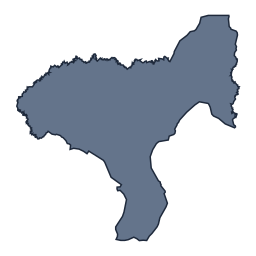 outline of Phang Khon, Sakon Nakhon, Thailand
{"feature_id": "78962969B14140185659984", "entity_name": "Phang Khon", "entity_type": "district", "adm_level": 2, "iso_a3": "THA", "parent_name": "Thailand", "parent_adm1": "Sakon Nakhon", "projection": "albers", "projection_center": [103.735, 17.372], "detail": "fine", "context": "isolated", "style": "filled", "palette": "slate", "viewbox_px": 256, "rotation_deg": 0, "n_neighbors": 0, "source": "geoboundaries", "source_scale": "gbopen_adm2", "svg_char_len": 5599}
<svg xmlns="http://www.w3.org/2000/svg" viewBox="0 0 256 256"><path d="M237.5,35.0L237.2,32.7L236.1,31.1L230.9,29.2L230.7,28.1L229.2,26.6L228.4,18.8L229.0,16.5L228.8,15.4L208.3,15.4L201.1,17.3L199.7,23.2L196.0,29.5L194.4,30.8L190.2,31.7L187.1,35.3L179.9,40.8L174.3,51.5L174.0,53.6L169.9,61.6L168.9,61.1L168.5,60.0L167.8,59.6L168.2,58.1L167.1,58.2L164.8,56.4L163.9,57.0L163.7,59.8L162.2,58.9L158.6,58.4L159.0,60.8L157.6,61.0L156.5,60.6L155.7,59.5L154.9,60.6L155.2,61.6L154.5,62.2L153.8,64.0L153.1,63.8L153.5,62.5L152.2,62.5L152.8,61.3L152.0,60.7L151.4,60.8L151.7,61.5L150.5,62.1L149.6,61.5L146.7,62.6L146.2,61.0L144.8,61.5L143.7,62.6L142.5,62.7L139.7,60.6L140.6,59.6L137.4,60.6L136.9,59.5L135.6,59.2L135.0,59.5L135.2,60.4L134.4,60.8L134.6,61.7L133.5,62.8L133.8,64.1L133.0,64.4L132.3,63.0L131.9,65.8L131.0,66.3L130.7,67.7L129.7,67.2L127.2,69.2L126.0,67.4L125.4,67.6L124.8,66.7L124.5,67.2L123.7,66.4L123.3,65.1L120.5,64.9L120.6,63.9L119.9,63.0L119.4,63.1L119.4,64.0L118.4,64.2L118.8,63.4L117.7,63.5L117.4,63.0L118.1,61.6L117.8,60.7L117.4,60.5L116.3,61.5L116.2,59.4L115.2,59.4L115.7,58.7L114.7,57.7L113.5,57.7L113.0,58.3L112.0,57.5L110.4,58.8L109.9,59.9L109.0,59.5L108.0,60.3L107.4,59.0L106.4,59.0L106.0,60.1L104.6,58.8L103.9,59.0L103.9,59.8L102.8,59.8L101.7,59.5L101.9,58.4L100.7,58.8L100.3,58.1L97.3,61.1L96.4,60.3L96.4,59.4L95.4,59.0L96.6,58.6L95.6,56.5L96.1,55.6L95.0,53.9L93.5,54.4L93.7,55.1L93.0,55.6L93.5,56.1L93.5,57.5L93.0,57.7L93.3,57.1L92.4,56.7L92.8,57.9L90.9,58.2L90.9,58.7L91.5,58.6L91.4,59.7L90.8,59.6L89.7,61.5L89.1,61.4L89.3,62.1L86.8,62.4L86.7,63.1L86.0,63.2L85.3,61.8L84.0,62.5L83.4,61.5L82.1,61.1L81.8,59.5L80.2,59.5L79.5,58.0L77.1,58.5L77.0,56.6L76.1,56.2L75.8,57.0L76.5,58.7L75.4,58.3L73.0,59.3L73.2,60.4L73.7,59.4L74.3,59.3L74.3,60.2L75.1,60.6L74.5,60.7L73.6,62.7L71.7,61.6L71.4,62.2L70.2,62.2L68.6,64.4L67.8,64.9L68.2,63.6L67.1,62.8L67.0,62.2L65.1,63.3L64.2,61.4L63.9,62.3L62.7,62.2L62.6,63.2L61.6,63.9L63.0,64.6L62.2,64.4L58.8,67.6L58.2,67.1L58.4,66.5L57.9,65.9L56.7,66.9L54.7,65.3L53.2,66.9L50.8,66.2L50.9,67.8L50.1,68.2L49.1,70.3L49.1,71.6L48.5,72.1L49.6,72.5L48.6,72.7L48.7,74.3L47.7,73.3L46.1,73.2L46.2,74.0L45.4,74.2L45.6,75.1L44.6,74.9L43.9,76.6L43.1,77.3L42.5,76.9L42.8,77.6L41.9,77.7L41.8,76.8L41.1,77.2L40.9,78.1L41.4,79.0L40.0,78.7L40.5,80.6L39.5,80.9L39.2,80.0L37.4,80.0L36.6,80.5L36.2,81.3L36.6,82.0L35.9,82.6L35.5,81.7L35.0,82.4L34.4,82.1L33.7,83.0L34.4,83.2L34.3,84.1L32.5,86.8L28.8,86.8L28.2,87.6L27.3,87.0L27.1,88.8L27.5,89.5L25.5,90.2L26.1,91.5L25.0,92.2L23.9,91.8L23.1,93.4L22.2,94.2L22.3,96.4L20.5,96.7L20.0,97.6L19.3,96.7L18.7,96.8L18.7,98.4L17.2,100.3L17.8,100.9L17.3,101.6L17.9,102.3L16.8,106.2L17.8,108.2L17.8,110.3L19.5,111.5L19.6,110.9L19.0,109.7L20.4,110.1L20.2,111.0L21.6,112.9L22.4,112.1L23.0,113.2L23.8,112.0L24.0,114.2L22.9,114.4L22.8,115.0L24.1,115.4L24.6,114.1L25.7,115.6L25.9,114.6L26.4,114.5L26.9,115.5L26.0,115.9L26.8,116.7L26.5,118.0L27.6,118.3L28.0,119.6L27.1,120.3L27.4,121.2L26.7,121.0L26.0,122.0L26.9,122.4L26.5,123.5L28.1,123.5L27.7,124.1L28.0,124.9L28.7,125.1L28.7,125.7L29.4,126.3L29.9,126.1L30.2,127.1L31.6,128.0L30.6,128.9L31.8,129.9L31.8,131.5L31.2,131.5L31.1,130.9L30.4,131.1L30.3,133.2L30.8,132.9L31.6,134.3L32.4,133.8L32.1,134.6L32.9,134.4L33.6,135.2L34.1,134.8L34.5,135.1L34.6,134.6L35.8,134.6L35.8,135.9L35.0,136.8L35.6,137.3L36.7,136.8L37.6,138.8L38.8,138.9L39.4,138.5L39.5,137.9L41.5,138.1L42.7,136.8L43.6,136.8L44.4,135.3L45.5,134.6L46.2,132.9L47.4,132.4L48.1,131.3L52.0,134.1L55.5,134.8L56.2,134.3L57.8,134.7L60.5,135.6L61.6,137.0L63.1,137.6L66.0,140.7L67.3,143.5L69.4,144.0L70.6,145.1L70.1,149.4L73.7,148.3L79.1,149.1L83.6,151.3L87.0,153.7L88.8,151.1L103.4,160.3L104.8,162.3L111.1,177.3L121.4,184.7L120.1,186.9L117.1,187.1L117.0,188.9L117.7,190.7L120.2,190.4L123.8,194.1L126.5,199.6L124.0,212.1L122.5,216.4L115.7,226.9L115.7,229.5L117.6,234.1L117.4,236.5L116.1,239.4L120.8,240.4L124.7,240.4L128.2,239.7L133.8,237.2L136.9,238.7L139.3,240.6L143.2,240.2L146.7,240.5L149.3,236.1L152.0,233.4L157.1,226.8L158.4,224.1L159.9,217.7L166.0,206.9L167.4,203.2L164.1,193.6L165.2,192.2L165.1,191.1L160.9,185.8L161.0,184.3L160.4,183.7L160.2,182.0L158.4,180.8L151.2,168.0L150.2,156.7L152.7,149.7L156.4,143.6L158.8,141.6L168.3,140.0L169.2,136.1L173.7,134.5L174.9,133.3L175.4,130.9L174.7,129.1L176.9,125.2L177.3,123.6L178.4,122.6L179.7,119.9L186.7,112.2L194.9,104.9L199.4,101.8L208.0,103.4L208.6,103.9L210.2,107.2L211.8,114.1L213.5,116.0L218.7,118.4L225.2,123.9L234.6,127.8L235.5,126.9L235.3,125.9L233.7,124.7L232.5,119.7L233.5,118.4L234.8,117.8L235.0,116.6L235.9,117.2L237.0,114.0L236.1,113.6L235.1,114.6L235.0,113.3L233.4,112.5L231.9,113.4L231.6,112.1L232.8,112.3L233.2,111.9L232.4,110.8L233.0,109.6L232.3,109.0L232.6,108.3L232.0,108.3L231.9,107.1L231.1,106.0L231.5,104.9L230.9,103.9L232.3,104.2L233.1,103.6L233.7,101.6L235.5,99.0L234.7,97.3L234.9,96.1L235.4,96.1L235.5,95.4L236.3,94.6L236.9,94.8L238.1,94.1L237.7,93.2L236.6,92.6L236.8,92.3L237.7,92.7L237.5,91.8L238.0,91.2L237.5,90.7L237.4,89.4L238.9,88.6L238.8,87.4L239.2,86.8L237.8,86.7L237.6,85.0L237.0,85.0L235.4,82.9L234.5,83.0L234.8,82.0L234.0,82.3L234.1,81.9L232.4,81.4L232.2,81.0L232.8,81.0L232.9,80.4L231.9,79.6L231.6,78.1L232.0,77.1L231.5,76.8L231.3,75.2L230.7,75.3L231.3,74.7L230.9,73.8L231.4,73.3L230.9,72.5L231.6,72.3L231.7,71.0L232.2,70.7L232.3,69.5L232.0,69.3L232.9,69.2L232.7,68.5L233.3,67.2L234.2,67.1L234.5,66.2L235.2,66.4L235.8,65.9L235.8,64.7L236.6,64.0L236.3,63.4L237.1,61.9L237.3,59.8L236.6,59.5L237.0,58.9L236.3,58.6L235.6,57.0L234.3,55.7L234.6,52.6L236.4,50.0L236.0,48.5L236.5,46.7L235.3,44.2L237.5,35.0Z" fill="#64748b" stroke="#1e293b" stroke-width="1.5"/></svg>